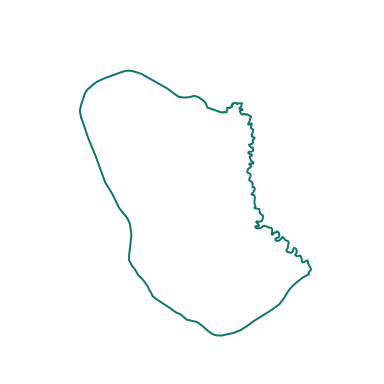 Xaybuathong, Khammouan, Laos (Albers equal-area conic projection), rotated 239°
{"feature_id": "54806243B39902865855878", "entity_name": "Xaybuathong", "entity_type": "district", "adm_level": 2, "iso_a3": "LAO", "parent_name": "Laos", "parent_adm1": "Khammouan", "projection": "albers", "projection_center": [105.527, 17.166], "detail": "fine", "context": "isolated", "style": "outline", "palette": "teal", "viewbox_px": 384, "rotation_deg": 239, "n_neighbors": 0, "source": "geoboundaries", "source_scale": "gbopen_adm2", "svg_char_len": 6015}
<svg xmlns="http://www.w3.org/2000/svg" viewBox="0 0 384 384"><g transform="rotate(239 192 192)"><path d="M241.5,279.5L242.0,280.3L242.5,280.3L242.7,279.6L243.4,278.7L243.6,278.1L244.2,277.1L244.1,276.2L244.3,275.9L244.7,275.9L244.9,276.0L245.1,276.1L245.7,275.7L246.3,274.5L246.8,273.1L247.0,272.4L246.4,272.2L246.0,272.2L245.9,272.0L246.0,271.8L246.2,271.7L246.3,271.4L246.2,271.0L246.0,270.8L244.7,270.3L244.4,270.0L244.4,269.4L244.8,268.8L244.6,268.2L244.6,267.9L245.1,267.1L245.5,266.2L245.9,265.9L246.1,265.6L245.9,265.3L244.7,265.0L244.4,264.4L243.6,263.5L242.9,263.1L242.6,262.8L242.8,262.1L242.9,261.8L243.5,261.2L244.0,260.8L244.1,260.5L244.1,259.7L244.9,258.7L244.9,258.3L245.0,258.1L251.9,252.6L256.5,248.7L261.4,249.5L264.8,248.8L270.4,246.1L273.3,243.4L274.5,238.8L277.0,233.9L280.6,229.5L285.5,227.4L293.7,224.0L300.4,220.2L319.5,209.3L324.2,205.3L326.2,203.3L328.2,200.9L329.3,199.0L330.2,197.0L331.1,193.2L334.3,177.0L335.1,171.2L335.4,167.5L334.9,161.9L333.7,155.3L332.9,153.1L332.1,151.7L331.1,150.2L329.1,148.1L324.3,142.4L320.6,138.7L318.5,137.3L316.4,136.6L313.5,135.4L306.9,134.2L292.2,130.9L272.2,127.8L244.6,122.5L235.3,122.7L231.3,122.7L223.1,121.9L216.0,121.3L208.7,122.2L204.8,123.0L200.9,122.9L197.7,122.5L194.7,121.6L186.0,117.7L169.9,105.3L165.8,102.9L160.0,102.6L155.2,103.2L148.3,103.2L144.4,104.3L139.5,105.0L134.0,105.5L129.6,105.0L126.8,105.1L122.7,104.6L120.2,105.6L113.7,108.6L104.7,112.9L97.3,116.1L93.1,119.1L85.5,121.6L80.8,126.3L79.0,128.3L77.7,129.5L72.6,131.6L68.1,133.1L64.0,134.4L60.0,136.2L57.9,137.8L56.3,139.4L53.7,143.5L49.7,155.5L49.0,159.4L48.6,162.0L48.7,169.8L49.6,178.4L49.8,197.1L50.8,209.3L53.0,214.5L53.7,216.4L55.6,219.6L58.3,225.3L59.9,230.7L61.0,237.3L61.6,243.2L61.4,249.8L62.0,249.8L62.5,250.2L63.1,251.3L63.7,253.2L64.1,253.7L64.4,254.1L64.9,254.4L65.5,254.5L68.7,254.6L71.1,254.8L72.4,255.5L73.5,255.8L74.0,255.5L74.3,251.8L74.4,251.3L74.6,250.8L74.9,250.5L75.2,250.3L75.5,250.2L75.8,250.3L76.9,251.1L77.4,251.3L80.6,252.0L80.9,252.1L81.3,252.0L82.0,251.7L82.3,250.3L82.8,249.2L83.1,248.8L83.8,248.4L84.7,248.1L85.0,248.1L85.2,248.3L85.6,249.6L86.1,250.4L86.5,250.7L87.4,251.3L89.2,251.9L90.2,251.7L91.1,251.2L91.3,250.9L91.4,250.4L91.2,249.9L89.4,247.9L88.9,246.8L88.8,245.8L89.0,245.4L89.2,245.2L90.0,244.6L90.3,244.3L90.7,243.6L91.0,243.3L91.9,242.8L92.4,242.8L92.9,242.7L93.3,242.9L93.6,243.2L94.2,244.7L94.6,245.1L96.3,246.4L98.4,248.4L98.9,248.8L99.4,249.0L100.1,249.0L100.6,248.8L102.2,247.6L102.9,247.2L104.4,247.0L105.6,246.9L106.5,246.6L106.8,246.4L106.8,245.9L106.6,245.4L106.1,244.5L105.8,243.5L105.6,242.1L105.6,241.4L105.9,240.3L106.1,239.9L107.0,239.1L107.4,238.8L107.8,238.7L108.2,238.9L108.6,239.1L109.0,239.7L109.0,240.1L109.0,240.5L108.5,242.4L108.7,243.4L109.0,243.8L109.5,244.3L110.0,244.6L111.2,245.1L112.6,245.3L113.3,245.2L113.9,245.0L114.4,244.7L114.5,244.5L114.6,244.3L114.1,243.3L114.1,243.0L114.9,241.4L114.9,241.1L114.8,240.8L114.0,239.7L113.9,239.4L113.9,239.1L114.0,238.8L114.3,238.6L114.6,238.6L115.0,238.7L115.5,239.0L116.7,240.3L117.2,240.7L118.7,241.5L119.7,241.6L120.1,241.5L120.6,241.2L121.5,240.1L122.1,239.4L124.8,237.6L125.7,236.6L126.0,236.2L126.1,235.4L125.9,234.3L125.8,232.7L126.3,231.0L126.6,230.3L127.0,229.6L127.9,228.6L128.4,228.3L129.0,228.2L129.6,228.5L129.8,228.7L129.8,229.1L129.6,229.7L128.8,230.7L128.6,231.2L128.7,231.8L128.9,232.1L129.3,232.3L129.7,232.3L132.9,231.6L133.2,231.6L133.4,231.8L133.5,232.3L133.4,232.5L132.4,233.6L131.6,235.0L131.4,235.9L131.4,237.2L131.6,237.6L131.9,238.0L132.9,238.8L133.3,239.3L133.9,240.0L134.4,240.3L135.2,240.5L135.6,240.5L136.7,240.0L137.9,239.6L138.9,239.5L139.9,239.7L142.6,240.9L142.9,240.8L143.0,240.7L143.6,239.8L144.7,239.0L145.4,237.7L145.7,237.5L146.2,237.4L146.7,237.8L147.0,238.5L147.5,239.2L147.7,239.3L149.5,239.4L150.4,239.8L152.0,240.8L153.1,241.8L154.8,243.0L156.1,243.5L156.9,243.7L157.2,243.6L158.7,242.1L158.9,242.0L159.5,242.0L159.8,242.3L159.9,242.5L160.1,243.6L160.0,244.0L160.3,244.8L160.5,245.1L161.3,245.6L161.4,245.8L161.5,246.6L161.7,246.9L162.4,247.3L162.6,247.5L163.5,247.7L163.8,247.8L164.1,247.6L164.8,246.6L165.1,246.6L167.1,247.6L168.6,248.5L169.4,248.7L169.7,248.7L171.1,247.6L172.0,247.3L172.7,247.2L173.0,247.3L173.9,248.1L175.3,250.2L176.0,250.7L176.7,251.1L177.6,251.3L178.4,250.8L179.6,249.7L180.2,249.6L180.4,249.6L181.6,250.4L182.2,251.0L182.5,251.6L182.8,251.9L182.9,252.3L183.0,252.6L182.8,254.1L182.9,254.7L183.2,255.3L184.1,256.0L184.4,256.1L184.8,256.0L185.1,255.8L185.9,255.4L186.2,255.4L186.6,255.7L186.6,256.0L186.6,256.5L185.1,258.5L185.0,259.1L185.1,259.3L185.8,259.8L186.2,259.8L187.2,259.4L187.9,258.9L188.2,258.7L188.5,258.8L190.4,259.1L192.3,259.7L192.5,259.8L192.5,260.0L192.5,261.7L192.7,262.1L192.9,262.3L193.2,262.5L193.4,262.5L193.7,262.3L195.0,260.9L196.2,260.3L196.7,260.5L197.0,261.0L197.1,261.8L196.9,262.2L196.4,262.8L196.0,263.6L195.8,264.4L195.8,265.3L196.1,265.6L196.8,266.1L198.1,266.8L198.4,266.9L198.7,266.9L198.9,266.8L199.3,265.9L199.7,265.6L200.0,265.5L202.1,265.2L203.0,265.2L203.1,265.3L203.1,265.6L202.7,266.4L202.4,268.3L202.4,268.7L202.6,269.2L203.6,270.0L204.9,270.5L205.2,270.7L205.4,271.0L205.6,272.7L205.9,273.3L206.2,273.5L206.4,273.6L206.7,273.4L207.9,272.4L208.6,272.0L209.4,272.2L210.5,273.1L211.6,274.4L212.0,275.0L213.5,276.3L214.0,276.4L214.3,276.5L214.9,276.0L215.4,275.7L216.1,275.5L216.4,275.5L217.2,275.9L217.5,276.1L218.8,277.6L219.4,278.2L219.8,278.3L220.2,277.9L220.2,276.1L220.5,275.5L220.8,275.2L221.2,275.1L221.5,275.2L223.0,277.8L225.2,279.9L225.5,280.2L225.9,281.2L226.3,281.4L226.5,281.4L228.1,280.4L229.8,279.5L230.4,279.2L230.5,278.9L230.4,278.5L230.5,278.0L231.0,277.7L231.5,277.4L231.8,277.3L232.1,277.0L232.4,276.5L232.4,276.1L232.1,275.5L232.3,275.3L232.5,275.0L233.0,274.7L234.1,274.4L235.1,274.4L236.9,274.9L237.0,275.2L237.0,275.5L236.3,277.2L236.3,277.5L236.6,277.7L237.1,277.7L237.3,277.6L238.5,275.9L239.2,275.7L239.4,275.8L239.6,276.4L239.7,277.8L240.0,278.3L240.7,279.0L241.5,279.5Z" fill="none" stroke="#0f766e" stroke-width="2"/></g></svg>